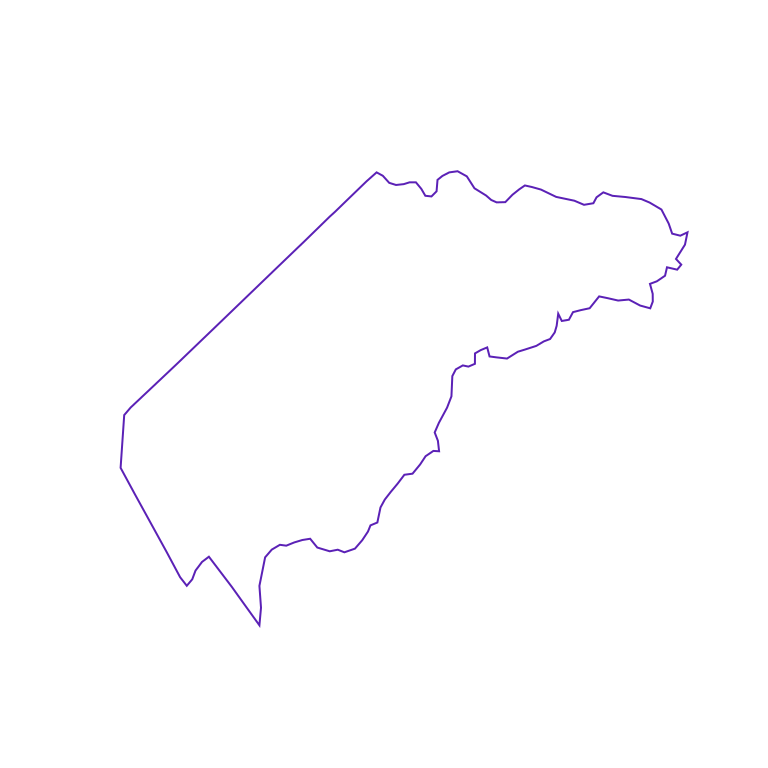 outline of Riacho das Almas, Pernambuco, Brazil, rotated 23°
{"feature_id": "56859067B22137901706557", "entity_name": "Riacho das Almas", "entity_type": "district", "adm_level": 2, "iso_a3": "BRA", "parent_name": "Brazil", "parent_adm1": "Pernambuco", "projection": "natural_earth1", "projection_center": [-35.848, -8.088], "detail": "fine", "context": "isolated", "style": "outline", "palette": "violet", "viewbox_px": 768, "rotation_deg": 23, "n_neighbors": 0, "source": "geoboundaries", "source_scale": "gbopen_adm2", "svg_char_len": 1833}
<svg xmlns="http://www.w3.org/2000/svg" viewBox="0 0 768 768"><g transform="rotate(23 384 384)"><path d="M448.7,443.9L450.5,434.2L455.6,426.3L461.0,424.4L455.8,415.2L449.6,408.8L449.7,398.3L451.3,381.1L450.9,369.0L443.8,350.0L444.4,342.5L449.3,336.1L454.9,335.0L459.8,329.9L455.8,320.3L459.8,315.0L464.7,310.0L470.4,317.4L476.9,315.6L487.3,312.5L494.6,302.0L500.2,297.3L509.2,289.5L514.5,282.3L519.3,277.7L521.0,269.8L520.2,263.0L516.9,251.2L523.0,256.5L529.1,252.6L529.9,244.0L536.3,239.1L543.7,233.9L547.8,219.3L556.3,217.6L566.9,215.7L576.4,210.6L589.1,211.7L599.5,210.3L599.2,203.1L596.1,196.0L589.7,187.9L595.0,182.9L600.4,174.5L598.9,166.0L609.2,164.2L611.0,158.0L603.9,154.8L606.6,138.1L604.1,125.8L598.8,131.7L590.5,133.0L583.4,125.1L571.2,115.0L557.6,113.2L548.7,113.2L533.0,117.6L520.8,121.5L511.0,121.9L506.7,129.1L506.1,135.8L498.1,140.9L487.6,140.9L469.4,144.5L452.5,143.7L443.1,144.9L436.1,146.2L432.4,152.0L428.3,159.6L424.6,169.2L416.7,172.8L410.8,172.7L404.3,170.6L390.8,168.5L379.1,160.5L368.6,159.4L361.4,163.7L356.5,169.6L353.5,175.2L357.1,186.1L354.4,192.8L348.5,194.6L342.1,189.8L334.6,185.9L328.7,188.4L324.1,192.3L317.3,196.1L310.2,196.8L301.6,192.8L294.5,192.1L288.7,204.3L277.5,230.7L271.6,244.7L268.6,251.2L254.5,284.9L251.3,292.3L238.1,323.2L208.5,392.7L185.4,446.7L177.7,464.3L160.0,504.6L157.0,514.1L174.3,564.1L198.0,583.0L249.6,623.6L271.8,641.5L281.3,646.8L283.8,638.7L283.4,629.4L286.0,618.9L290.3,611.4L323.0,630.1L341.7,641.5L363.6,654.8L358.2,638.0L348.2,618.5L342.3,590.0L345.4,580.3L351.0,572.7L357.2,571.0L363.3,564.9L369.8,559.5L376.5,555.3L386.5,560.6L399.4,559.2L406.2,554.6L413.3,554.4L421.6,546.9L425.0,536.3L426.9,526.1L426.8,519.4L432.0,514.1L429.0,499.0L429.9,490.0L432.4,480.6L435.5,470.3L438.2,459.6L445.3,455.4L448.7,443.9Z" fill="none" stroke="#5b21b6" stroke-width="2"/></g></svg>